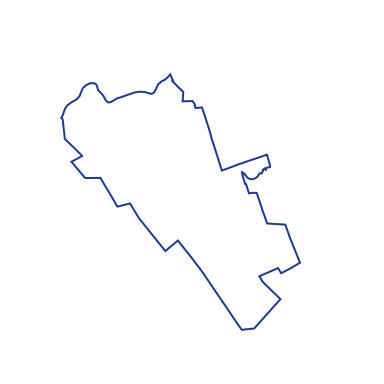 Silistea, Braila, Romania, rotated 326°
{"feature_id": "2599482B85034366886302", "entity_name": "Silistea", "entity_type": "district", "adm_level": 2, "iso_a3": "ROU", "parent_name": "Romania", "parent_adm1": "Braila", "projection": "orthographic", "projection_center": [27.821, 45.335], "detail": "fine", "context": "isolated", "style": "outline", "palette": "blue", "viewbox_px": 384, "rotation_deg": 326, "n_neighbors": 0, "source": "geoboundaries", "source_scale": "gbopen_adm2", "svg_char_len": 3119}
<svg xmlns="http://www.w3.org/2000/svg" viewBox="0 0 384 384"><g transform="rotate(326 192 192)"><path d="M229.4,310.2L232.9,310.5L234.9,310.6L239.1,310.9L242.0,311.0L243.3,305.0L244.5,299.3L244.9,297.7L246.0,292.0L247.0,287.8L246.9,287.6L248.9,279.8L250.1,275.2L251.1,271.2L247.2,268.2L243.4,265.3L236.7,260.1L239.2,250.6L239.2,250.1L240.3,246.2L240.2,246.1L240.8,244.6L241.3,243.0L244.5,231.2L245.1,228.9L242.6,227.2L242.1,226.7L238.5,225.0L241.2,215.7L240.8,215.4L240.6,215.2L240.8,214.3L240.9,213.9L241.1,213.3L241.6,211.5L242.8,207.3L243.1,206.7L244.5,203.6L244.7,203.8L245.0,204.4L245.1,204.9L245.2,205.2L245.4,205.6L245.5,206.1L245.7,206.5L245.8,207.1L245.6,207.3L245.5,207.9L245.5,208.0L245.9,209.2L245.8,210.3L246.3,211.9L247.1,213.3L247.5,213.8L248.7,214.8L249.1,215.0L250.7,215.6L251.6,215.9L252.9,216.0L254.3,216.0L255.3,215.8L256.6,215.1L258.2,214.6L258.9,214.5L259.9,215.4L260.4,215.4L261.2,214.8L262.1,214.6L263.2,213.3L264.8,213.1L264.8,213.3L265.3,213.4L265.4,214.8L265.8,214.9L266.1,213.5L267.0,213.4L267.7,213.8L268.4,214.0L268.7,214.2L269.0,214.3L269.4,214.5L269.9,214.7L270.7,214.8L271.6,213.4L272.2,211.6L275.0,203.0L274.8,202.9L247.1,195.4L246.5,195.2L233.1,192.0L228.8,190.9L229.7,187.7L231.5,181.5L231.9,180.3L234.4,171.7L235.8,167.1L237.4,161.2L237.7,160.3L238.0,159.1L239.3,155.6L241.1,150.2L243.6,141.4L244.4,138.7L246.7,130.6L247.6,127.5L246.3,126.8L244.7,125.9L242.0,124.4L241.9,123.4L242.1,123.3L242.2,123.2L242.3,123.1L242.5,122.8L242.6,122.5L242.7,122.0L242.7,121.7L242.9,121.6L243.1,121.4L243.2,121.2L243.3,121.0L243.3,120.6L243.3,119.7L243.4,118.7L243.4,118.3L243.2,117.7L243.1,117.4L243.2,117.2L243.3,116.9L234.9,111.6L235.5,111.0L236.0,110.3L236.0,110.2L238.1,107.6L239.1,106.3L240.7,104.2L239.6,98.3L239.4,98.2L239.0,95.9L238.6,93.6L238.3,91.9L238.2,91.4L237.7,89.0L238.7,88.9L238.8,87.1L239.2,84.7L239.7,82.3L236.6,83.2L232.4,83.8L228.8,83.2L224.2,83.8L220.4,86.1L219.7,86.5L216.4,88.3L214.4,88.2L212.9,87.7L208.8,82.8L204.6,79.5L199.8,77.3L185.4,73.5L181.8,72.4L179.4,72.4L174.8,72.0L172.5,70.8L171.8,67.9L172.3,62.1L171.2,55.3L172.8,49.6L172.0,47.4L168.5,44.9L164.4,44.2L159.5,44.9L157.2,46.4L155.7,47.4L152.4,49.6L149.4,50.4L149.0,50.5L147.6,50.7L146.4,50.6L142.7,50.2L137.3,50.5L133.4,51.9L127.5,56.2L127.2,56.4L124.9,57.6L125.2,58.2L125.5,58.8L125.2,59.9L117.8,74.0L116.3,76.8L117.9,84.6L119.0,89.7L120.7,98.3L121.0,99.6L121.0,100.7L109.0,99.5L111.2,120.6L113.8,122.4L124.0,129.1L123.6,135.0L123.0,146.6L122.0,162.4L134.2,166.9L133.4,183.8L134.9,202.9L136.9,226.1L138.5,225.9L145.0,225.2L153.2,224.4L153.8,232.4L154.2,237.3L154.6,242.2L155.1,250.0L155.4,255.5L155.6,258.3L155.8,263.8L155.9,265.3L155.9,269.2L155.9,269.4L155.9,279.5L155.9,282.5L155.9,291.2L156.0,299.7L155.9,299.9L156.0,299.9L156.0,308.7L156.0,317.4L156.0,326.0L156.2,334.1L158.3,335.2L160.2,336.2L160.8,336.5L163.2,337.8L166.9,339.8L167.8,339.8L190.6,334.0L205.4,330.3L203.6,321.4L203.3,320.1L200.4,306.2L200.6,302.1L200.7,299.5L211.9,301.6L212.2,301.6L220.8,303.2L220.6,307.3L220.5,308.9L220.5,309.2L221.3,309.3L224.9,309.7L227.0,309.9L229.4,310.2Z" fill="none" stroke="#1e3a8a" stroke-width="2"/></g></svg>